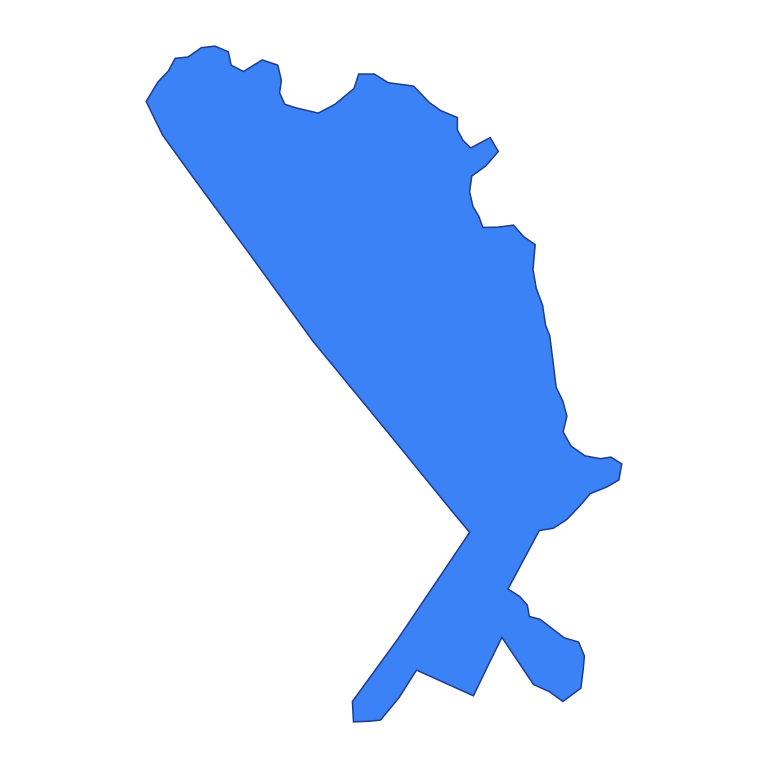 Primavera, Pernambuco, Brazil
{"feature_id": "56859067B11110903525977", "entity_name": "Primavera", "entity_type": "district", "adm_level": 2, "iso_a3": "BRA", "parent_name": "Brazil", "parent_adm1": "Pernambuco", "projection": "mercator", "projection_center": [-35.383, -8.341], "detail": "fine", "context": "isolated", "style": "filled", "palette": "blue", "viewbox_px": 768, "rotation_deg": 0, "n_neighbors": 0, "source": "geoboundaries", "source_scale": "gbopen_adm2", "svg_char_len": 1301}
<svg xmlns="http://www.w3.org/2000/svg" viewBox="0 0 768 768"><path d="M352.4,701.5L353.5,721.9L369.7,721.2L380.5,720.1L399.2,697.4L416.5,670.1L473.4,695.8L489.8,661.9L501.9,637.4L533.6,684.6L549.1,691.5L562.9,701.5L580.9,688.1L583.3,668.7L584.4,656.0L578.6,642.1L564.2,637.8L539.9,619.2L529.4,616.5L527.3,605.1L519.7,596.5L508.0,589.0L539.3,530.5L553.2,528.3L566.9,519.4L580.2,505.5L590.1,493.7L606.9,486.9L618.9,479.9L621.8,464.0L611.0,457.1L600.4,458.7L584.9,455.8L571.0,446.0L563.1,431.9L566.9,416.2L562.9,401.2L556.1,387.1L553.9,368.5L552.1,354.4L549.8,335.8L545.6,325.3L542.6,305.3L536.3,288.5L533.0,269.4L535.2,244.7L523.7,236.7L513.4,225.1L497.7,227.2L482.8,227.4L478.8,216.3L472.9,206.3L469.6,191.7L471.8,176.0L485.7,166.0L498.3,151.5L490.2,137.6L470.7,147.9L463.0,140.4L457.4,129.9L457.4,117.6L440.8,110.6L429.5,102.7L413.6,86.1L388.2,82.7L374.2,74.0L358.7,74.0L354.0,88.6L344.8,96.1L335.1,104.2L318.2,113.1L295.3,107.7L284.7,104.2L279.6,92.7L281.4,80.4L277.8,65.2L262.2,59.9L243.4,71.5L231.2,65.2L228.3,51.8L215.0,46.1L201.3,47.7L188.0,57.0L175.2,58.3L168.3,71.1L157.9,82.0L146.2,101.5L162.6,135.1L192.5,176.5L204.0,192.2L239.8,240.8L249.2,253.5L313.1,341.5L354.0,391.2L390.4,435.5L451.1,510.1L469.6,532.4L398.5,638.0L352.4,701.5Z" fill="#3b82f6" stroke="#1e3a8a" stroke-width="1.5"/></svg>